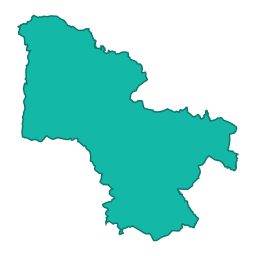 Antanifotsy, Vakinankaratra, Madagascar (orthographic projection)
{"feature_id": "10022922B69082959012584", "entity_name": "Antanifotsy", "entity_type": "district", "adm_level": 2, "iso_a3": "MDG", "parent_name": "Madagascar", "parent_adm1": "Vakinankaratra", "projection": "orthographic", "projection_center": [47.552, -19.75], "detail": "fine", "context": "isolated", "style": "filled", "palette": "teal", "viewbox_px": 256, "rotation_deg": 0, "n_neighbors": 0, "source": "geoboundaries", "source_scale": "gbopen_adm2", "svg_char_len": 5792}
<svg xmlns="http://www.w3.org/2000/svg" viewBox="0 0 256 256"><path d="M33.6,15.4L31.9,17.2L31.9,18.8L31.4,19.9L29.6,21.5L27.4,21.9L26.7,23.9L23.5,23.7L22.3,24.5L21.0,24.7L20.2,26.1L18.9,26.2L18.2,26.7L18.6,27.2L19.5,27.1L20.0,27.6L19.8,29.1L18.7,31.7L18.8,34.0L24.1,37.0L24.7,40.5L24.7,44.3L25.9,45.0L27.1,44.1L27.9,45.6L27.3,46.3L27.6,46.8L27.2,47.1L26.6,48.6L26.5,49.5L26.7,50.4L27.0,50.7L30.5,50.7L29.2,52.3L28.8,54.3L27.8,55.9L27.8,58.1L28.9,61.1L28.0,64.7L27.8,65.2L27.0,65.1L26.4,65.7L26.7,68.1L26.2,68.8L25.9,72.4L26.3,76.9L25.4,78.6L25.4,79.4L26.5,80.4L26.8,84.0L26.0,83.8L25.5,83.1L24.8,83.6L24.3,84.7L23.5,88.7L24.4,93.3L26.0,96.4L23.8,101.0L23.9,102.8L24.7,105.4L25.0,108.3L24.7,110.2L23.7,112.2L23.6,114.8L22.9,116.2L22.7,117.3L23.1,119.8L22.3,124.2L22.7,126.1L22.0,132.5L22.6,136.7L24.7,137.7L27.0,137.7L30.8,140.0L31.9,140.2L34.5,139.5L36.9,139.8L38.9,141.3L40.5,141.6L41.3,141.5L42.3,140.7L43.0,139.7L44.2,138.8L45.4,136.7L46.6,136.0L47.1,136.0L49.3,137.6L52.3,139.2L54.8,138.8L57.4,137.6L67.1,139.6L68.1,139.6L70.5,138.4L71.2,139.1L71.4,140.0L72.4,140.1L73.1,139.9L74.3,138.7L76.7,138.5L77.7,138.8L78.1,139.5L77.7,141.6L79.1,141.8L83.5,146.0L84.3,145.7L86.0,146.6L86.2,148.4L89.5,151.4L90.5,153.6L90.7,157.0L90.4,160.8L90.7,161.2L91.8,161.6L92.7,162.3L93.6,164.9L95.1,166.2L95.2,167.1L94.6,168.6L94.7,169.3L95.7,170.6L97.6,171.8L99.0,173.2L102.3,173.9L101.8,175.0L101.4,176.6L101.6,177.7L100.2,181.6L100.3,182.3L103.7,184.7L105.1,184.4L106.0,184.6L106.7,184.4L107.2,184.9L108.2,184.6L110.8,187.7L112.6,188.9L111.0,189.7L109.7,190.9L109.4,191.6L109.6,192.7L109.4,193.6L110.8,195.4L113.1,196.4L114.2,197.3L114.7,198.3L112.1,199.6L111.8,201.2L111.4,201.4L106.6,202.5L103.1,204.2L102.7,205.2L104.1,207.0L107.3,208.4L108.1,209.4L108.1,210.3L106.8,211.0L105.7,212.8L106.0,214.6L108.1,216.1L107.7,217.4L107.5,217.5L107.0,217.0L106.4,217.5L106.7,219.6L105.8,222.3L106.1,223.8L106.5,222.9L107.9,221.7L109.0,221.4L110.0,221.7L113.3,224.0L113.7,224.0L114.6,223.2L117.4,223.3L117.7,224.2L117.5,226.8L118.7,227.4L119.1,228.6L120.6,229.0L120.5,230.0L119.5,231.8L119.3,233.3L119.7,234.4L123.1,233.3L123.2,233.0L122.3,232.2L122.2,231.4L122.6,229.6L123.5,228.3L126.3,227.8L128.2,226.5L130.4,227.2L131.4,226.3L132.8,226.0L144.4,233.1L146.6,233.9L149.6,233.6L151.1,235.3L153.6,240.4L155.4,240.6L157.3,240.1L161.9,237.0L167.7,235.2L169.4,233.9L171.5,231.1L173.2,230.6L178.9,231.0L180.7,229.2L181.0,228.3L181.8,228.1L182.4,227.4L182.4,226.7L181.6,225.0L182.3,223.9L184.8,225.3L185.9,225.0L188.4,225.4L189.8,226.8L191.5,226.7L193.2,227.6L193.7,227.0L194.2,227.2L194.1,226.3L195.5,224.6L195.1,223.6L196.0,223.3L197.1,220.9L198.3,219.2L198.4,218.4L195.7,216.1L195.2,214.9L193.5,214.1L192.6,211.7L190.8,210.3L190.6,209.1L189.9,208.8L189.7,207.9L188.5,207.1L188.7,206.2L187.8,204.7L187.5,201.7L186.6,201.0L185.5,201.2L185.0,200.7L184.6,199.9L184.7,198.8L182.0,195.6L182.4,194.9L182.2,194.5L181.1,194.5L180.9,193.5L179.7,194.0L179.3,192.9L179.9,192.6L179.8,192.1L179.6,191.9L179.0,192.1L178.8,190.9L177.8,190.3L178.2,189.7L177.8,188.9L185.6,189.3L188.0,189.1L192.4,185.8L192.7,183.3L197.3,178.9L198.7,178.3L198.3,176.9L199.8,173.9L200.2,171.7L199.7,169.2L198.6,167.2L198.5,165.5L202.2,164.9L204.4,162.4L206.4,158.4L209.0,155.8L214.8,159.7L220.1,160.9L222.6,162.6L225.1,166.9L226.9,166.7L227.4,167.0L227.4,167.9L228.1,167.2L228.8,167.8L229.8,167.7L230.8,169.4L233.1,169.8L233.9,170.6L235.4,170.0L236.2,167.9L236.0,167.2L236.3,166.4L236.0,165.8L235.7,166.2L235.4,166.0L236.2,164.4L235.8,162.6L236.8,161.1L236.8,158.7L237.3,158.4L236.9,158.1L236.0,155.8L236.3,155.2L237.5,154.7L237.8,154.2L234.5,153.2L233.7,152.7L232.9,151.3L232.1,151.1L230.7,151.5L229.9,150.8L228.4,150.5L227.6,149.6L228.6,147.8L228.7,146.3L229.2,144.8L229.7,140.4L229.5,134.2L234.5,132.9L235.6,131.4L236.6,128.4L236.4,127.1L233.8,125.0L229.7,122.6L223.5,120.2L221.5,117.8L217.6,118.2L216.4,119.2L214.1,120.2L212.6,120.4L212.1,120.9L210.7,120.4L209.8,120.6L209.5,119.6L209.9,118.7L208.7,117.2L208.6,116.4L207.9,115.8L208.2,113.2L206.9,112.5L207.3,111.2L206.7,110.5L206.2,110.5L205.6,111.3L205.6,112.7L206.2,113.9L203.9,115.3L204.2,117.1L201.5,119.0L200.4,118.5L200.0,116.4L199.3,116.1L198.8,115.0L198.1,114.6L197.3,114.8L196.6,115.7L194.3,116.7L193.5,116.8L192.6,116.4L191.0,114.8L187.6,112.2L187.1,107.5L186.0,107.5L185.2,108.8L183.1,110.1L182.5,110.8L181.3,109.9L180.6,109.7L179.9,110.3L179.1,112.1L176.2,111.3L175.5,112.1L175.0,112.3L172.3,111.3L171.4,110.3L170.4,110.5L167.6,108.9L164.0,110.6L160.0,111.7L157.5,112.0L154.1,111.7L153.5,111.3L153.1,110.3L145.1,108.7L143.9,107.7L143.4,106.6L142.4,101.6L141.8,100.7L138.0,100.8L136.3,102.1L133.8,102.2L132.9,101.7L132.2,100.5L129.8,99.1L130.3,97.6L130.7,94.5L131.1,93.6L133.3,91.5L136.1,90.7L137.2,87.9L139.2,85.4L142.2,83.4L143.9,81.8L146.2,80.7L147.2,79.8L147.4,79.3L145.7,76.4L145.8,73.3L145.3,72.2L143.3,72.8L141.6,72.5L142.3,68.7L142.0,66.8L141.3,65.2L140.1,64.1L137.6,63.9L136.6,62.2L135.9,61.6L133.3,60.4L130.7,59.7L129.6,57.5L128.2,56.3L128.2,53.0L126.0,52.0L122.0,52.2L119.0,53.8L116.1,54.0L115.5,53.7L114.9,51.8L111.9,51.2L110.2,51.9L109.8,51.8L108.7,50.5L108.4,50.8L108.4,52.0L107.7,53.0L106.7,53.3L105.2,52.9L103.6,51.5L103.8,50.5L105.0,50.3L104.8,48.3L104.6,47.9L103.3,47.6L103.6,46.9L103.2,46.1L100.9,46.0L100.9,46.6L101.3,47.1L100.9,48.3L101.6,49.2L101.3,49.7L99.7,48.2L98.2,48.6L94.8,47.7L94.9,47.3L96.0,47.6L96.3,47.4L95.9,46.7L94.5,45.9L95.5,44.5L94.8,43.8L95.3,43.5L95.0,43.0L95.8,41.8L95.8,40.6L94.9,40.1L94.3,40.4L93.9,40.0L92.7,37.6L91.2,33.0L88.4,30.3L89.0,29.4L88.8,28.8L85.8,28.9L82.7,30.5L81.7,30.3L78.6,30.5L76.9,29.6L73.0,26.5L72.3,26.5L71.0,27.3L69.7,25.9L67.6,25.5L65.4,21.9L64.4,20.9L63.0,19.9L60.4,18.9L57.0,16.3L50.5,15.9L47.8,16.7L43.4,16.3L41.6,17.3L40.0,16.8L38.8,17.4L37.8,17.4L33.6,15.4Z" fill="#14b8a6" stroke="#0f766e" stroke-width="1.5"/></svg>